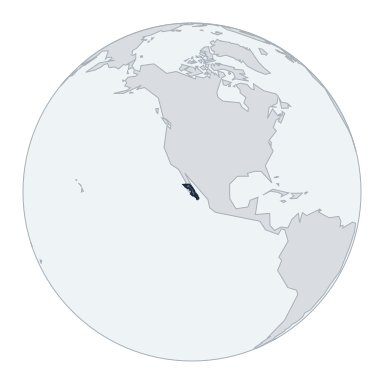 globe centered on Baja California Sur
{"feature_id": "MEX-2707", "entity_name": "Baja California Sur", "entity_type": "State", "adm_level": 1, "iso_a3": "MEX", "parent_name": "Mexico", "parent_adm1": "", "projection": "orthographic", "projection_center": [-111.883, 25.437], "detail": "fine", "context": "on_globe", "style": "filled", "palette": "slate", "viewbox_px": 384, "rotation_deg": 0, "n_neighbors": 0, "source": "natural_earth", "source_scale": "10m", "svg_char_len": 12757}
<svg xmlns="http://www.w3.org/2000/svg" viewBox="0 0 384 384"><circle cx="192" cy="192" r="169" fill="#eef3f6" stroke="#a8b0b8"/><path d="M41.3,260.2L41.8,261.4L41.7,261.4L41.3,260.2ZM284.8,229.7L281.3,228.9L278.3,234.5L265.5,229.8L259.9,221.2L215.4,212.3L209.7,207.7L207.9,199.5L184.8,173.2L198.6,198.6L191.2,194.1L183.7,185.2L186.1,182.7L178.6,169.4L170.9,164.4L164.1,147.3L167.0,125.5L170.6,128.8L170.9,123.6L166.4,119.3L163.4,117.9L158.3,97.9L144.6,87.5L136.5,89.6L141.2,85.4L123.4,93.4L113.6,93.4L127.0,90.3L130.2,87.7L124.6,85.9L126.7,82.9L125.2,80.5L128.1,77.2L135.7,76.2L137.8,74.3L133.7,73.1L134.1,69.6L139.8,71.5L141.0,65.6L154.0,63.9L166.7,73.4L176.2,71.5L195.4,79.0L196.0,76.2L203.6,78.0L207.2,75.7L209.7,78.2L210.3,74.2L207.3,72.4L206.5,70.1L208.3,68.7L211.9,71.5L211.5,72.6L213.5,72.8L214.6,74.9L215.1,73.0L219.2,76.9L217.8,71.1L223.3,72.6L225.4,75.8L221.6,77.9L216.9,92.3L217.8,97.0L222.8,101.1L239.7,102.8L242.1,107.4L248.0,111.6L248.4,107.7L243.9,103.1L245.9,97.4L240.1,92.9L240.1,90.1L235.6,84.9L240.2,83.2L247.0,84.4L251.0,88.8L254.1,89.7L253.5,83.8L263.8,90.8L275.9,93.9L278.2,96.3L277.0,103.4L269.1,107.3L267.5,118.3L272.5,108.9L278.0,115.8L280.6,116.1L282.6,114.7L282.0,111.3L284.7,113.4L280.9,123.1L278.3,121.3L279.6,118.1L275.9,120.2L273.3,127.6L276.4,131.0L269.3,140.0L271.4,142.7L271.0,146.5L268.1,141.5L273.1,151.0L265.3,165.7L271.9,183.0L261.1,171.3L254.7,171.3L247.4,173.4L248.4,176.2L237.4,176.3L229.6,184.2L229.8,198.8L236.0,208.8L247.9,207.0L250.1,200.3L258.0,197.2L255.4,214.5L269.7,213.4L270.0,225.5L274.6,230.4L281.0,227.0L287.9,227.8L291.7,219.6L298.3,213.3L299.7,222.7L302.4,212.6L306.7,215.6L319.2,209.5L318.5,212.1L329.2,217.8L338.8,216.4L341.0,221.5L340.0,226.4L342.9,225.3L342.9,227.9L352.4,222.2L355.6,223.2L354.4,232.3L349.6,246.9L340.1,271.0L330.0,284.8L324.1,294.1L310.3,309.9L304.7,313.0L302.8,316.8L296.8,321.8L292.2,324.3L288.4,328.0L284.8,329.7L285.1,330.7L275.1,337.1L273.0,339.3L264.6,343.9L263.3,344.8L261.7,345.5L258.9,346.7L257.3,347.6L254.1,348.2L258.0,345.2L262.6,342.7L260.6,343.1L270.8,336.4L267.0,338.4L275.4,329.6L284.5,320.4L297.8,294.6L296.6,290.3L287.8,287.5L277.6,270.4L281.7,260.5L278.9,257.0L288.1,241.2L284.8,229.7ZM81.4,192.1L81.9,188.1L83.5,191.1L81.4,192.1ZM81.0,185.4L81.1,186.8L80.7,185.6L81.0,185.4ZM79.9,184.3L80.7,185.1L79.7,184.6L79.9,184.3ZM78.3,183.3L79.2,183.7L79.1,183.8L78.3,183.3ZM272.7,189.2L288.9,193.0L281.2,196.7L282.4,194.6L277.9,192.3L270.2,191.2L262.9,195.1L272.7,189.2ZM76.3,180.6L75.8,179.8L76.7,179.7L76.3,180.6ZM276.6,177.5L273.9,177.6L276.4,176.8L276.6,177.5ZM161.7,117.8L166.1,119.6L169.4,124.8L165.5,123.6L161.7,117.8ZM155.7,108.7L158.3,108.4L157.8,113.5L156.4,112.0L155.7,108.7ZM130.3,92.0L133.5,92.9L129.7,93.1L130.3,92.0ZM124.4,80.7L122.9,81.5L122.8,80.0L124.4,80.7ZM233.4,86.3L234.5,85.6L234.8,86.9L233.4,86.3ZM230.5,84.8L230.0,86.8L228.6,86.4L228.9,85.2L230.5,84.8ZM127.2,73.7L127.5,71.2L128.5,73.5L127.2,73.7ZM231.4,82.5L226.0,85.5L223.4,84.8L222.4,79.7L231.4,82.5ZM128.5,69.7L129.1,64.1L125.7,65.2L135.7,59.3L131.9,65.7L133.7,68.3L130.8,68.0L128.5,69.7ZM205.6,72.4L208.8,74.3L204.4,74.1L205.6,72.4ZM202.9,72.9L190.5,76.5L186.5,73.4L191.5,72.7L185.0,70.0L189.2,66.6L193.7,67.4L195.4,70.0L195.7,66.8L202.9,72.9ZM141.2,57.2L142.4,55.9L142.6,57.1L141.2,57.2ZM205.9,69.2L203.7,70.1L200.1,67.4L203.8,65.2L203.8,66.7L205.9,69.2ZM181.3,71.1L179.2,68.9L182.1,65.5L181.7,64.3L189.0,66.3L181.3,71.1ZM205.5,66.6L205.8,64.2L209.1,64.2L207.8,68.2L205.5,66.6ZM197.7,67.6L196.1,66.3L198.2,66.3L197.7,67.6ZM221.1,63.6L218.6,64.4L216.5,63.0L221.1,63.6ZM205.7,63.3L204.5,63.3L203.4,62.9L204.3,61.4L205.7,63.3ZM190.5,63.9L192.1,63.1L187.6,62.9L189.6,60.6L194.1,62.5L193.0,60.7L193.6,60.0L196.6,62.4L190.5,63.9ZM201.8,58.8L208.2,60.8L213.3,59.5L215.3,60.7L206.7,62.6L201.8,58.8ZM198.5,60.7L201.0,59.7L202.2,61.4L201.2,63.2L198.5,60.7ZM189.3,58.4L185.1,61.4L184.3,61.0L189.3,58.4ZM203.1,58.0L201.5,57.6L203.3,57.7L203.1,58.0ZM193.2,57.8L191.9,58.9L191.0,58.3L193.2,57.8ZM199.5,55.9L201.5,56.5L200.9,57.6L199.5,55.9ZM196.4,56.5L195.5,55.5L199.5,57.7L196.0,57.1L196.4,56.5ZM192.6,57.1L191.6,57.1L193.3,56.8L192.6,57.1ZM200.6,51.6L205.7,54.1L204.4,56.5L199.6,53.6L200.6,51.6ZM258.0,347.5L253.7,348.5L256.7,347.8L262.3,345.4L263.2,345.2L258.0,347.5ZM274.0,339.7L272.7,340.4L277.1,338.0L274.0,339.7ZM356.1,151.7L355.0,148.0L351.8,137.7L348.2,129.4L323.8,86.6L322.1,84.2L329.8,94.3L336.8,104.9L342.9,116.0L348.2,127.6L352.6,139.5L356.1,151.7ZM301.3,63.1L303.9,65.4L319.6,81.2L323.1,85.7L323.7,87.4L312.6,76.4L305.8,67.7L301.8,64.4L298.5,63.2L296.7,60.9L294.6,59.5L291.5,56.6L282.7,50.5L279.0,47.7L271.1,43.9L268.1,42.2L273.6,44.8L275.4,45.4L265.6,39.9L262.4,38.4L258.0,36.6L255.9,35.6L253.0,34.6L245.1,31.6L252.2,34.6L247.4,33.3L240.2,31.2L239.9,31.5L251.5,35.1L255.0,36.2L255.9,36.2L266.5,40.6L270.8,42.9L264.6,40.9L270.1,44.3L262.8,41.9L235.9,32.3L227.0,29.6L221.5,26.3L226.1,27.0L230.4,28.3L230.5,27.7L228.5,27.4L226.7,26.8L221.6,26.1L220.1,25.7L217.8,25.9L215.3,25.3L216.8,25.2L207.2,24.3L200.9,23.7L199.4,23.7L199.7,24.0L191.6,23.4L190.9,23.5L193.2,23.7L193.4,24.1L190.4,24.9L187.8,24.6L188.5,24.3L186.0,23.5L188.3,23.2L186.9,23.2L184.3,23.5L187.3,24.3L186.3,24.9L184.2,24.4L184.9,24.6L183.5,24.9L179.8,25.0L181.8,25.6L170.7,30.5L162.3,31.7L161.6,30.3L151.1,35.0L142.4,37.1L144.6,37.2L141.1,40.1L143.7,39.4L144.5,39.7L136.6,48.2L132.7,50.4L131.8,55.1L133.0,55.3L135.8,53.8L135.7,59.3L125.7,65.2L123.6,64.4L118.7,69.0L114.7,67.0L109.1,67.7L107.6,63.5L103.3,64.9L101.9,66.6L95.0,70.1L85.7,72.3L99.5,62.8L114.6,60.3L109.0,60.4L112.1,58.3L111.2,57.1L107.1,57.7L105.5,59.0L108.4,50.9L102.2,51.1L98.1,55.0L92.9,58.6L82.3,64.6L80.7,64.9L90.0,57.3L99.8,50.4L110.1,44.2L120.8,38.8L131.9,34.1L143.3,30.2L154.9,27.2L166.7,24.9L178.6,23.6L190.6,23.0L202.7,23.4L214.6,24.6L226.5,26.6L238.1,29.5L249.6,33.1L260.7,37.6L271.5,42.9L281.9,48.9L291.8,55.7L301.3,63.1ZM336.1,103.9L337.7,106.5L336.1,103.9ZM319.5,209.1L321.2,210.2L319.3,211.3L319.5,209.1ZM280.8,201.0L283.9,200.3L285.8,201.2L283.6,202.5L280.8,201.0ZM304.9,192.4L308.0,191.9L305.1,194.1L304.9,192.4ZM291.3,193.3L302.4,193.1L296.6,198.5L289.5,198.7L293.9,196.2L291.3,193.3ZM276.8,183.6L278.8,183.7L278.7,185.7L276.8,183.6ZM278.4,176.9L277.7,177.3L276.4,176.2L278.4,176.9ZM278.2,115.2L278.6,114.5L281.0,113.7L280.6,115.4L278.2,115.2ZM287.0,103.1L291.2,106.8L288.0,105.2L288.3,108.0L281.8,108.4L279.0,97.6L281.4,102.2L287.0,103.1ZM272.4,106.6L276.8,107.2L272.1,107.0L272.4,106.6ZM285.6,56.6L286.1,55.9L289.5,58.0L294.2,62.8L289.3,59.7L285.6,56.6ZM286.0,54.7L278.5,52.1L275.2,49.5L278.3,51.3L276.9,49.8L281.5,52.5L285.8,53.0L289.0,55.0L296.0,61.9L291.9,58.4L291.7,59.0L286.0,54.7ZM265.0,54.3L261.7,54.3L258.9,48.4L262.3,49.2L267.3,53.6L266.2,55.4L265.0,54.3ZM230.7,73.4L229.6,74.6L228.6,73.7L228.7,72.0L230.7,73.4ZM220.1,64.1L234.4,67.6L233.9,69.1L242.9,70.0L245.0,74.3L239.1,73.4L247.5,77.7L243.1,78.6L248.9,81.2L235.5,78.8L231.9,80.2L235.1,77.0L233.3,73.0L231.3,71.7L223.2,69.1L214.3,70.6L211.0,67.3L211.1,64.5L212.7,63.7L214.3,66.0L215.3,63.2L218.9,66.0L220.1,64.1ZM213.4,40.5L214.6,42.5L217.2,39.3L220.8,41.3L220.9,40.8L224.9,41.8L230.0,42.4L231.1,43.5L232.6,43.3L235.3,44.1L237.7,44.3L240.5,46.5L243.7,46.9L243.2,47.7L247.9,48.0L245.7,48.8L249.0,50.3L249.4,48.7L258.8,62.5L264.4,68.3L270.4,73.0L265.7,74.4L257.2,71.3L247.5,66.3L242.7,60.8L241.5,62.7L238.8,60.7L240.9,60.0L236.1,59.9L234.5,58.2L225.9,55.1L220.0,56.6L216.7,55.7L218.2,54.3L213.8,54.5L214.4,51.3L212.1,50.7L210.4,47.1L214.6,45.1L211.7,44.6L210.2,42.2L213.4,40.5ZM200.3,50.5L204.5,47.1L208.6,46.7L209.9,53.1L212.0,54.1L213.0,58.6L207.1,59.3L207.3,57.9L206.2,56.7L208.5,57.0L205.8,55.9L206.1,54.0L204.1,52.8L206.0,51.9L200.3,50.5ZM271.9,43.7L269.9,42.6L270.6,42.8L272.8,43.9L271.9,43.7ZM222.0,33.0L222.0,33.9L220.8,33.7L217.6,34.9L214.7,33.8L215.5,32.7L222.0,33.0ZM218.3,32.0L217.3,32.6L216.4,31.7L218.3,32.0ZM212.4,33.2L211.0,32.2L214.0,33.9L212.4,33.2ZM192.0,26.5L199.7,25.8L203.2,25.1L202.2,24.4L207.0,25.4L201.4,26.3L192.0,26.5ZM173.6,29.8L174.5,30.9L172.0,31.1L171.4,30.8L173.6,29.8ZM175.7,30.0L180.9,30.4L180.0,31.4L176.1,30.9L175.7,30.0ZM199.8,30.2L202.3,29.9L202.9,30.6L199.8,30.2ZM40.1,260.8L41.6,263.6L40.4,262.3L40.1,260.8ZM41.7,261.4L40.3,260.0L41.3,260.2L41.7,261.4ZM31.5,244.8L32.3,247.0L32.3,246.9L31.5,244.8ZM31.2,243.7L30.8,242.3L31.4,244.5L31.2,243.7ZM66.8,78.5L66.3,79.3L70.1,75.5L70.6,75.4L66.3,79.9L60.5,86.0L61.5,84.7L66.8,78.5ZM71.9,73.8L78.4,68.9L74.3,73.8L71.9,75.9L70.7,76.0L72.9,73.4L71.9,73.8ZM78.7,69.3L80.9,66.9L95.2,57.4L97.1,56.7L84.1,65.8L85.6,64.1L82.8,65.8L78.7,69.3ZM140.8,55.9L142.3,55.9L140.5,56.8L140.8,55.9ZM146.1,39.3L146.9,39.9L144.8,40.7L146.1,39.3ZM147.9,42.0L149.7,40.6L148.9,42.2L147.9,42.0ZM153.6,37.8L151.0,40.2L151.9,37.8L153.6,37.8Z" fill="#d9dde1" stroke="#a8b0b8" stroke-width="1"/><path d="M186.2,184.4L189.7,184.4L189.7,184.8L189.8,184.9L189.9,185.2L190.0,185.3L190.1,185.5L190.4,185.6L190.8,185.8L190.9,186.3L191.1,186.4L191.2,186.7L191.1,186.8L191.3,186.9L191.5,187.0L191.8,187.1L191.7,187.3L191.6,187.5L191.8,187.7L192.0,187.9L192.1,188.0L192.1,188.3L192.2,188.5L192.3,188.7L192.5,188.6L192.2,188.2L192.2,187.9L192.2,187.7L192.4,187.8L192.4,188.0L192.6,188.0L192.9,188.3L192.8,188.7L193.1,188.8L193.1,189.0L193.2,189.3L193.3,189.4L193.3,189.5L193.4,190.0L193.5,190.0L193.4,190.3L193.5,190.8L193.5,191.0L193.8,191.5L194.0,191.7L194.2,191.8L194.3,191.8L194.3,192.0L194.4,192.3L194.5,192.4L194.5,192.5L194.6,192.9L194.9,193.2L195.0,193.2L195.0,193.4L195.2,193.6L195.3,193.8L195.2,194.1L195.1,194.6L195.2,194.8L195.2,195.2L195.3,195.3L195.4,195.5L195.6,195.6L196.2,195.7L196.1,195.8L195.9,195.7L195.9,195.9L196.1,195.9L196.2,195.7L196.3,195.6L196.2,195.5L196.2,195.4L196.2,195.5L196.1,195.3L196.2,195.2L196.3,195.2L196.4,195.3L196.5,195.4L196.6,195.5L196.8,195.6L197.0,195.7L197.1,196.1L197.3,196.1L197.5,196.0L197.5,196.4L197.5,196.5L197.9,196.8L197.9,197.2L198.5,197.5L198.6,197.8L198.6,198.0L198.6,198.5L198.4,198.8L197.9,199.0L197.6,199.3L197.4,199.5L197.2,199.5L196.9,199.3L196.8,199.1L196.6,198.2L196.3,197.6L196.1,197.4L195.5,197.2L195.3,197.0L194.9,196.5L194.3,195.9L193.8,195.6L193.2,195.3L193.4,195.4L193.1,195.2L192.8,194.9L192.6,194.6L192.2,194.6L192.3,194.7L192.2,194.7L192.1,194.3L191.8,194.0L191.8,193.9L191.7,193.7L191.7,193.9L191.8,193.9L191.7,194.0L191.8,194.0L191.7,194.0L191.6,193.9L191.6,194.0L191.4,193.9L191.4,193.7L191.5,193.4L191.4,193.3L191.4,193.6L191.2,193.4L191.3,193.4L191.4,193.2L191.3,192.8L191.5,192.5L191.5,192.2L191.6,191.9L191.5,191.4L191.5,191.2L191.4,191.8L191.4,191.0L191.2,190.5L191.1,190.2L190.9,190.2L190.8,189.8L190.6,189.6L190.4,189.6L190.2,189.5L190.2,189.4L190.1,189.5L190.1,189.4L189.9,189.4L189.8,189.2L189.2,188.8L189.2,188.7L188.9,188.6L188.9,188.4L188.7,188.1L188.4,188.0L188.6,187.9L188.7,187.7L188.5,187.8L188.4,187.9L188.3,188.1L188.1,188.0L187.8,187.9L187.7,188.0L187.4,188.2L187.2,187.9L186.9,187.5L186.7,187.4L186.4,187.4L186.1,187.0L186.0,186.9L185.7,186.9L185.7,187.0L185.4,186.8L185.3,186.7L185.2,186.7L185.2,186.4L185.1,186.1L184.9,186.0L184.9,185.9L184.5,185.8L184.4,185.5L184.3,185.4L184.3,185.5L184.2,185.4L184.3,185.4L184.2,185.3L184.0,185.2L183.9,185.2L183.7,184.9L183.8,184.8L184.2,184.9L184.3,184.9L184.6,184.9L184.6,185.0L184.9,185.0L185.1,185.0L185.4,185.0L185.6,184.8L185.7,185.0L185.8,185.3L186.1,185.4L186.2,185.5L186.3,185.4L186.6,185.4L186.7,185.2L186.4,185.1L186.2,185.3L186.0,185.0L186.0,184.9L186.1,184.7L185.8,184.7L186.0,184.4L186.2,184.6L186.2,184.4ZM191.3,194.4L191.5,194.5L191.4,194.6L191.2,194.3L191.3,194.2L191.2,194.0L191.0,193.9L191.0,194.0L190.9,193.9L191.1,193.2L191.3,192.5L191.2,193.2L191.3,193.4L191.2,193.4L191.2,193.5L191.4,194.2L191.3,194.3L191.3,194.4ZM192.3,194.9L192.4,195.1L192.5,195.1L192.5,195.4L192.3,195.2L192.0,194.9L191.7,194.7L192.0,194.7L192.2,194.9L192.3,194.9ZM195.1,193.2L195.4,193.2L195.5,193.2L195.5,193.4L195.6,193.6L195.4,193.5L195.2,193.2L195.1,193.2ZM194.1,190.2L194.2,190.4L193.9,190.6L193.8,190.9L193.7,190.8L193.8,190.5L193.9,190.4L193.9,190.2L194.0,190.2L194.1,190.2ZM197.2,195.1L197.6,195.7L197.6,195.8L197.4,195.7L197.2,195.2L197.2,195.1ZM196.2,194.7L196.3,194.8L196.2,194.9L196.2,195.0L196.1,194.9L196.0,194.7L195.9,194.5L196.0,194.5L196.2,194.7ZM195.0,191.5L194.9,191.4L194.9,191.2L195.0,191.5L195.0,191.5ZM188.4,188.2L188.6,188.2L188.7,188.4L188.4,188.2L188.4,188.2ZM191.5,186.9L191.4,186.7L191.5,186.6L191.6,186.8L191.5,186.9ZM192.9,195.1L193.0,195.2L193.1,195.3L192.9,195.2L192.6,195.2L192.9,195.1ZM191.3,192.4L191.4,191.9L191.4,192.3L191.4,192.5L191.3,192.4ZM194.2,191.2L194.3,191.2L194.3,191.4L194.2,191.2ZM195.1,192.4L195.1,192.5L195.1,192.4ZM183.3,184.7L183.5,184.7L183.4,184.8L183.3,184.7ZM193.6,190.0L193.6,189.9L193.6,190.0L193.6,190.0ZM195.5,193.8L195.5,193.7L195.5,193.8L195.5,193.8ZM193.7,190.9L193.7,191.0L193.7,190.9Z" fill="#64748b" stroke="#1e293b" stroke-width="1.5"/></svg>